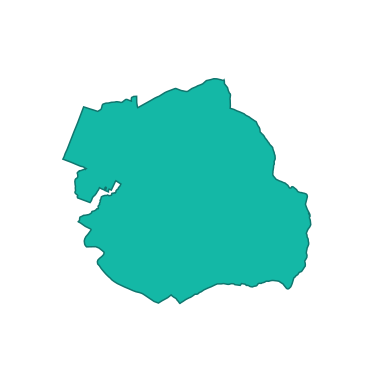 outline of Pargaresti, Bacau, Romania, rotated 204°
{"feature_id": "2599482B11675765739939", "entity_name": "Pargaresti", "entity_type": "district", "adm_level": 2, "iso_a3": "ROU", "parent_name": "Romania", "parent_adm1": "Bacau", "projection": "equal_earth", "projection_center": [26.649, 46.243], "detail": "fine", "context": "isolated", "style": "filled", "palette": "teal", "viewbox_px": 384, "rotation_deg": 204, "n_neighbors": 0, "source": "geoboundaries", "source_scale": "gbopen_adm2", "svg_char_len": 6020}
<svg xmlns="http://www.w3.org/2000/svg" viewBox="0 0 384 384"><g transform="rotate(204 192 192)"><path d="M249.8,279.4L255.7,273.5L257.1,271.9L260.8,266.4L261.1,266.0L262.4,264.7L264.2,262.6L266.7,259.1L275.8,247.0L276.4,247.5L278.1,250.0L278.9,251.3L281.5,256.9L281.9,256.7L284.1,255.6L284.8,254.7L285.6,253.8L285.4,252.7L285.0,251.5L284.4,250.4L286.2,250.2L289.1,250.1L289.9,249.7L290.2,249.5L291.6,247.0L292.2,245.7L292.9,245.2L293.5,244.8L294.8,244.7L297.4,243.9L298.1,243.5L299.5,242.5L302.2,241.1L304.1,239.6L304.7,239.2L306.5,238.3L307.1,237.9L308.9,236.2L309.2,235.7L309.3,234.7L308.9,232.8L308.7,230.9L308.9,230.2L310.9,227.3L315.8,226.8L318.9,226.4L322.0,226.1L325.6,225.7L324.6,208.6L324.3,198.7L323.4,180.0L323.5,175.7L323.2,172.4L323.3,169.5L314.6,170.0L304.8,170.2L303.3,170.4L302.1,170.7L300.9,170.7L299.6,170.4L298.2,170.4L298.5,169.9L298.6,169.2L299.3,169.2L299.8,168.8L302.1,166.5L303.6,165.5L303.4,165.1L304.2,164.1L304.6,163.0L304.5,162.5L303.5,161.4L302.7,159.9L302.5,159.2L302.6,158.3L303.6,156.6L303.7,156.1L303.7,155.6L303.3,154.0L301.8,151.3L300.9,150.0L300.6,149.4L300.3,148.3L298.9,145.8L298.9,145.5L298.9,144.4L298.6,143.8L297.9,143.3L295.0,142.4L294.8,141.6L294.9,141.0L294.1,140.1L280.8,140.9L280.4,143.2L280.6,146.3L280.4,147.3L280.1,148.2L279.5,149.3L278.9,151.7L278.7,154.1L278.3,156.2L278.3,157.6L278.3,158.3L276.0,158.1L273.5,158.2L272.7,158.1L272.9,158.7L273.2,160.7L273.0,161.2L272.4,161.3L271.9,160.9L271.9,160.3L272.0,159.7L271.7,158.6L271.7,158.0L268.4,158.1L268.9,159.2L268.9,160.9L266.5,160.9L266.3,168.8L266.4,169.9L266.1,170.4L266.1,171.3L260.2,170.4L260.2,168.5L260.4,167.4L260.9,166.3L260.8,164.8L260.9,164.3L261.3,164.0L261.9,162.4L261.5,160.6L261.8,159.8L262.7,159.7L262.7,159.4L263.1,159.0L263.6,158.7L264.3,158.5L264.6,158.2L264.6,157.8L264.3,156.7L264.3,156.4L264.8,155.9L266.3,154.8L267.8,155.0L268.9,153.9L269.9,153.6L270.6,153.1L272.0,151.8L272.8,150.7L272.6,150.1L272.7,149.9L272.4,148.6L272.5,148.2L272.4,147.7L272.6,147.2L272.3,147.1L272.0,146.0L271.8,145.6L271.9,144.5L271.9,143.8L271.7,143.6L271.4,143.1L271.4,142.5L271.9,141.9L272.0,141.5L271.9,140.8L271.8,140.3L271.4,139.9L270.9,139.1L271.0,138.5L271.8,138.1L272.2,137.8L272.4,136.8L272.6,136.4L273.2,135.5L273.8,134.8L275.3,133.7L275.5,133.3L275.3,132.7L275.4,132.2L275.6,131.5L276.2,130.6L277.0,129.5L280.0,127.4L281.7,126.5L282.1,125.8L283.0,124.7L284.1,123.5L284.0,122.5L283.3,120.5L283.6,119.1L283.9,118.7L283.7,118.5L281.5,118.4L275.5,117.2L269.6,117.0L268.8,116.5L269.0,115.0L269.9,110.9L270.8,108.0L270.9,105.6L270.5,103.4L268.9,100.8L267.9,99.9L266.6,99.2L266.0,99.0L257.7,102.9L254.2,103.0L250.3,102.0L247.8,101.2L247.5,100.3L247.3,99.2L247.6,97.9L248.2,96.3L249.5,93.8L250.3,91.5L250.1,89.8L248.9,87.9L246.5,86.9L243.9,85.2L240.1,83.3L237.0,81.9L233.5,80.6L231.6,80.1L229.7,79.2L226.5,78.5L222.9,78.0L214.9,77.8L210.9,77.9L205.8,77.9L202.6,78.1L199.0,78.8L196.2,79.0L193.9,78.7L182.1,76.6L177.5,76.9L175.1,80.5L171.2,85.6L169.2,89.5L168.0,89.0L165.8,88.5L163.8,88.3L163.1,88.1L162.5,87.8L161.7,87.2L160.0,86.5L158.2,85.4L157.7,85.3L156.8,86.9L156.1,87.8L153.9,91.3L151.6,94.2L150.6,95.1L149.7,96.4L148.3,98.7L148.0,99.5L147.6,99.9L147.0,100.1L146.6,100.4L145.9,100.6L144.7,102.1L144.6,103.0L143.0,104.6L141.8,106.6L141.4,107.3L138.7,110.4L136.9,112.3L136.0,113.2L132.6,117.2L131.3,118.5L130.7,118.7L129.7,119.2L128.9,119.5L127.3,120.3L126.7,120.8L125.6,121.3L122.0,122.1L121.2,122.4L120.5,122.8L118.9,124.2L116.7,125.1L115.2,124.8L110.0,126.3L109.5,128.5L105.9,129.4L104.4,128.8L103.1,129.4L101.9,129.5L100.8,129.3L100.3,129.3L98.3,129.8L96.6,131.4L95.7,131.9L94.9,132.6L94.6,133.4L94.4,134.6L94.2,135.1L93.9,135.5L93.6,135.9L91.7,136.6L91.0,137.5L89.7,138.5L88.9,139.3L88.3,140.2L87.9,140.7L86.8,141.2L85.9,141.5L85.5,141.7L84.7,142.5L83.6,143.3L82.2,144.1L78.4,145.3L76.4,145.8L71.4,145.0L69.8,144.1L66.5,142.4L65.5,142.3L64.6,142.7L64.1,143.4L63.6,144.6L63.3,145.3L63.2,146.0L63.2,147.7L63.3,149.4L63.9,153.9L64.0,155.1L63.4,156.0L62.9,157.9L61.8,159.5L61.4,162.1L59.6,164.0L59.0,167.0L58.7,169.3L58.4,170.0L58.6,170.8L58.8,171.5L59.7,173.1L60.6,174.2L61.0,175.1L60.7,176.3L60.5,179.0L60.7,179.5L61.0,180.6L61.9,181.9L62.4,182.2L62.9,183.1L63.4,184.9L63.7,186.5L64.0,187.4L64.1,191.4L64.4,192.3L65.1,193.6L65.6,194.1L66.8,196.3L67.6,197.0L68.5,197.7L69.5,199.5L70.1,200.1L70.8,200.8L70.9,203.8L70.8,205.6L70.3,207.6L70.2,208.8L70.2,210.4L72.6,214.5L73.7,215.5L74.6,217.0L74.3,218.1L75.2,218.5L75.3,218.7L75.0,218.9L75.1,219.2L75.6,219.1L76.6,219.6L76.8,220.0L76.2,220.3L79.5,222.9L82.3,225.7L83.4,227.0L84.6,234.1L84.9,235.1L86.0,236.3L86.7,236.6L87.9,236.6L88.9,236.5L90.7,236.1L92.1,235.9L92.6,235.6L94.4,235.4L95.2,235.4L95.9,235.6L97.5,236.7L101.7,237.8L102.7,237.6L103.1,237.1L103.2,236.1L103.4,235.8L103.9,235.5L104.7,235.4L107.2,237.1L108.9,237.5L110.5,238.0L112.8,237.8L114.3,237.9L116.5,237.7L120.3,237.8L124.1,239.7L125.0,240.4L125.6,241.4L126.0,242.8L126.4,243.6L127.5,247.6L128.0,248.8L128.2,249.6L128.2,251.0L129.3,253.1L129.4,253.5L129.4,255.5L129.5,256.1L129.9,256.9L130.9,258.9L131.3,259.4L132.0,260.0L133.1,261.6L134.6,263.1L135.6,264.2L136.3,265.3L136.7,265.6L137.6,266.0L140.4,267.1L141.5,268.0L142.8,268.6L145.5,270.3L147.0,270.9L148.7,272.3L150.7,273.3L151.6,273.5L152.9,274.1L153.8,274.3L154.0,274.5L154.5,275.1L155.2,276.4L156.0,277.5L156.5,277.9L156.8,278.3L158.1,279.0L159.7,280.2L161.1,281.5L162.0,282.3L162.4,282.4L163.9,282.5L165.7,282.9L166.4,282.9L167.3,283.2L168.4,283.3L170.2,283.8L174.1,284.0L174.9,284.2L176.1,284.6L180.9,284.6L183.9,284.4L187.3,284.5L191.2,284.0L192.1,286.5L194.6,291.7L195.1,292.3L195.7,294.3L196.3,296.3L197.3,297.4L197.9,297.4L200.0,299.3L202.0,301.8L206.4,304.1L207.7,306.7L208.3,307.4L208.4,307.0L208.7,306.7L209.9,306.4L211.2,306.3L213.1,305.9L214.8,305.6L215.8,305.3L218.0,304.4L218.6,304.0L220.3,302.5L224.2,299.6L226.2,295.2L227.7,293.5L230.2,291.1L231.0,289.9L234.2,286.5L236.4,282.9L237.0,282.1L237.8,281.6L239.5,281.1L241.1,280.8L243.1,280.3L248.9,280.0L249.8,279.4Z" fill="#14b8a6" stroke="#0f766e" stroke-width="1.5"/></g></svg>